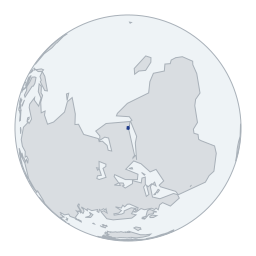 the Earth from above Hajjah, rotated 199°
{"feature_id": "YEM-154", "entity_name": "Hajjah", "entity_type": "Governorate", "adm_level": 1, "iso_a3": "YEM", "parent_name": "Yemen", "parent_adm1": "", "projection": "orthographic", "projection_center": [43.354, 16.097], "detail": "fine", "context": "on_globe", "style": "filled", "palette": "blue", "viewbox_px": 256, "rotation_deg": 199, "n_neighbors": 0, "source": "natural_earth", "source_scale": "10m", "svg_char_len": 9642}
<svg xmlns="http://www.w3.org/2000/svg" viewBox="0 0 256 256"><g transform="rotate(199 128 128)"><circle cx="128" cy="128" r="113" fill="#eef3f6" stroke="#a8b0b8"/><path d="M100.7,18.7L100.9,18.7L103.3,18.1L104.5,17.9L104.1,18.0L100.9,18.7L100.7,18.7L99.6,19.0L98.2,19.4L98.6,19.3L94.9,20.3L97.8,19.6L94.3,20.7L92.0,21.4L93.2,20.9L100.7,18.7ZM80.7,25.8L83.4,24.6L81.7,25.5L77.8,27.4L74.4,29.1L72.6,30.1L75.0,29.2L67.7,33.4L61.5,38.3L59.7,39.5L57.9,40.2L60.2,38.1L66.6,33.6L73.5,29.4L80.7,25.8ZM58.1,39.6L54.7,42.4L58.1,39.6ZM53.5,43.5L52.6,44.3L52.2,44.7L53.4,43.7L51.7,45.3L51.0,45.8L53.5,43.5ZM15.4,131.5L16.3,137.0L18.1,144.5L19.0,151.1L19.3,156.7L23.0,168.7L19.9,159.7L17.6,150.4L16.1,141.0L15.4,131.5ZM83.8,24.4L83.7,24.4L83.5,24.5L83.8,24.4ZM91.9,21.3L92.2,21.2L86.4,23.3L87.0,23.1L91.9,21.3ZM156.5,19.0L155.8,18.8L155.7,18.8L156.5,19.0ZM104.2,17.9L101.6,18.5L104.2,17.9ZM116.5,16.0L116.2,16.0L113.2,16.4L111.4,16.6L116.5,16.0ZM111.2,16.6L112.2,16.5L106.9,17.3L111.2,16.6ZM152.7,18.1L152.4,18.1L151.7,17.9L152.7,18.1ZM105.3,17.7L106.2,17.5L109.3,17.0L108.1,17.3L107.4,17.4L105.3,17.7ZM121.1,15.6L121.8,15.5L116.4,16.0L117.0,15.9L121.1,15.6ZM106.5,17.6L107.3,17.6L105.4,18.0L104.6,17.9L106.5,17.6ZM110.7,16.7L112.1,16.5L110.9,16.7L110.7,16.7ZM99.1,20.0L100.1,19.6L101.8,19.2L99.1,20.0ZM107.8,17.5L108.4,17.4L109.2,17.3L109.4,17.4L107.8,17.5ZM116.5,16.0L115.9,16.1L118.7,15.8L118.5,16.0L114.9,16.3L116.4,16.2L116.3,16.3L113.5,16.5L116.5,16.0ZM111.9,17.2L107.4,17.9L105.1,18.8L103.5,19.1L107.5,17.7L111.9,17.2ZM113.1,16.7L112.0,17.0L110.6,17.1L110.4,17.0L113.1,16.7ZM119.6,16.0L120.8,15.7L121.6,15.7L119.6,16.0ZM111.6,17.3L112.7,17.2L111.6,17.4L111.6,17.3ZM117.4,16.3L117.8,16.2L118.6,16.1L117.4,16.3ZM114.6,17.1L113.1,17.3L113.0,17.1L114.6,17.1ZM116.1,16.7L117.2,16.7L113.8,17.0L116.2,16.6L116.1,16.7ZM118.2,16.3L118.8,16.3L117.9,16.4L118.2,16.3ZM116.1,17.6L111.8,18.0L111.5,17.6L115.6,17.3L116.1,17.6ZM189.5,33.6L185.0,30.9L172.5,24.5L177.5,26.8L175.9,26.2L177.4,27.0L181.0,28.9L181.7,29.2L185.3,32.7L193.0,39.1L193.5,38.2L196.3,39.8L205.5,47.9L214.1,61.2L218.0,64.9L219.9,67.7L220.3,70.0L217.5,65.9L215.6,64.9L214.0,62.5L213.7,65.2L211.3,61.9L212.2,66.0L214.6,68.4L215.8,66.9L217.5,72.3L221.9,76.4L225.2,82.4L227.1,94.7L224.8,99.7L225.3,101.8L223.0,100.1L222.1,105.0L228.1,115.2L228.7,118.6L226.2,126.4L225.7,123.9L219.6,119.6L220.0,127.9L224.7,133.3L226.4,140.8L223.5,139.3L221.6,132.8L219.4,131.1L218.9,123.9L215.0,114.1L211.9,117.1L211.1,112.9L205.3,105.4L200.3,109.4L193.2,122.4L193.9,133.2L190.7,138.6L182.4,124.1L179.3,114.0L176.0,115.4L167.8,107.5L152.6,108.3L150.8,105.7L147.9,107.2L142.1,104.7L139.5,100.5L135.9,100.9L143.1,112.2L147.0,111.8L150.7,107.1L152.0,111.3L157.5,114.6L150.2,125.1L128.2,134.8L126.7,126.7L112.9,104.3L113.7,101.9L113.6,101.6L113.5,101.1L111.6,105.1L109.5,100.7L116.2,116.2L117.1,122.9L127.9,135.3L126.8,136.6L130.4,139.1L142.9,135.7L142.8,138.4L136.6,151.1L119.9,167.9L122.4,178.9L121.8,188.0L112.2,193.7L113.9,200.5L109.0,202.6L109.3,206.3L105.8,210.0L99.8,213.1L88.6,212.2L87.3,208.9L80.7,201.8L71.3,184.5L73.4,177.1L72.1,170.8L64.1,155.8L65.8,148.2L63.9,144.5L59.7,144.7L57.5,140.3L55.0,139.8L40.3,139.2L36.3,132.8L32.7,115.1L35.8,109.4L37.2,102.0L58.7,81.3L62.3,83.6L78.1,83.0L79.9,84.1L77.0,89.6L88.0,98.0L92.8,93.7L103.9,98.4L111.9,98.7L116.7,88.3L103.5,87.5L102.3,82.2L113.7,78.4L125.4,79.6L125.3,77.6L118.8,73.0L122.4,69.6L116.6,71.1L118.3,73.2L114.7,74.4L113.0,72.6L114.4,71.4L111.1,70.3L105.6,76.9L106.7,79.7L97.6,80.4L98.5,85.2L95.7,87.2L93.1,79.9L94.1,77.3L88.4,69.3L86.6,72.0L91.8,79.8L89.8,79.1L87.3,83.3L87.6,79.5L82.4,70.7L74.8,71.5L63.6,80.9L59.5,81.1L56.7,78.4L62.5,68.0L71.0,68.7L73.1,65.6L72.8,60.5L75.4,61.4L76.3,59.6L79.7,59.8L85.8,56.1L89.4,56.1L93.1,51.0L95.4,50.5L92.6,53.6L92.5,55.9L101.7,56.6L103.8,55.7L105.5,52.4L107.8,53.3L108.3,50.1L114.2,49.4L107.3,47.8L109.1,44.5L113.4,42.3L112.7,41.1L105.8,44.7L104.1,46.5L104.6,48.4L99.0,53.6L95.6,54.3L96.8,48.1L92.1,48.5L95.1,44.0L112.1,36.3L118.5,35.3L126.3,40.0L124.0,41.8L120.1,40.8L122.5,44.5L122.9,42.9L124.8,43.7L127.0,41.2L128.5,41.7L128.1,38.7L130.1,39.0L130.3,41.0L135.3,38.1L139.9,38.5L140.3,37.7L139.5,36.7L145.9,38.1L145.9,37.5L143.8,36.7L142.5,35.0L142.7,32.6L144.9,33.3L145.1,34.2L148.9,37.3L149.2,40.0L150.1,40.0L150.4,37.9L145.8,34.0L145.3,32.5L147.8,34.0L146.9,33.3L147.3,32.8L149.8,32.9L147.2,31.2L149.0,25.5L154.0,25.6L156.1,27.3L159.7,25.2L165.0,26.2L163.1,25.4L163.5,24.3L161.9,23.9L161.0,23.4L161.3,21.3L163.1,21.6L161.0,20.5L160.0,20.2L158.6,19.8L155.8,18.8L156.5,19.0L165.2,21.7L173.6,25.0L181.7,29.0L189.5,33.6ZM50.2,92.6L49.4,94.8L50.2,92.6ZM137.1,86.6L144.5,87.0L142.1,80.5L144.8,80.2L143.0,78.2L141.9,80.0L137.8,74.6L141.3,72.8L141.0,70.1L138.5,69.9L132.7,74.2L138.5,81.7L136.4,84.4L137.1,86.6ZM53.9,43.2L53.2,43.9L52.8,44.1L53.9,43.2ZM54.0,44.4L51.2,46.9L52.9,45.1L51.9,45.7L54.4,43.1L59.0,40.0L56.5,41.8L54.0,44.4ZM58.9,39.1L56.8,40.8L58.9,39.1L58.9,39.1ZM78.0,50.5L78.7,51.7L76.7,53.6L72.2,54.5L74.9,51.6L78.0,50.5ZM80.1,53.1L82.6,47.3L85.6,46.8L83.5,48.0L85.2,48.3L82.3,50.3L82.7,56.0L81.0,58.1L73.4,58.0L76.8,56.7L76.0,55.4L80.1,53.1ZM83.8,36.1L85.0,34.3L89.9,35.4L88.3,37.0L83.6,37.7L82.8,36.3L83.8,36.1ZM90.1,22.3L90.2,22.2L91.0,21.9L91.6,21.8L90.1,22.3ZM99.4,19.8L90.5,23.0L90.1,22.9L85.3,25.3L82.5,26.0L85.8,24.4L80.0,26.9L81.8,25.7L78.0,27.6L85.5,23.9L86.9,23.2L86.4,23.6L88.9,22.9L90.4,22.4L95.7,20.5L100.0,19.0L103.1,18.4L104.2,18.3L103.6,18.6L101.8,18.9L102.4,19.0L99.3,19.6L99.4,19.8ZM115.2,22.4L113.2,21.9L113.9,23.7L110.8,23.7L111.1,24.0L108.4,24.6L105.6,25.9L104.4,25.8L103.8,26.3L102.1,26.9L100.9,27.7L98.2,27.9L96.6,28.9L96.3,28.4L94.2,30.2L94.5,29.0L92.3,29.8L93.1,30.6L81.5,31.1L76.4,32.8L71.9,35.1L73.2,33.0L78.2,29.8L84.7,26.7L89.4,25.6L89.1,25.0L91.3,24.4L90.7,25.1L93.0,23.7L94.6,23.4L100.4,21.6L102.8,20.2L105.0,19.6L104.9,20.0L107.1,19.2L108.4,19.7L110.0,19.4L112.8,19.8L111.7,21.1L113.5,20.7L115.8,21.1L115.2,22.4ZM116.8,17.7L116.1,18.9L114.1,19.6L110.0,18.7L108.4,19.0L105.7,18.7L108.7,17.8L109.2,17.9L110.3,17.8L108.9,18.1L110.9,17.8L111.7,18.1L113.5,17.9L112.8,18.3L116.8,17.7ZM82.7,82.3L84.2,82.7L86.7,82.7L85.2,85.5L82.7,82.3ZM79.0,76.3L80.4,76.1L79.6,79.8L78.0,79.5L79.0,76.3ZM82.0,73.1L80.6,75.9L80.4,74.2L82.0,73.1ZM94.0,53.3L95.7,53.1L95.6,53.9L94.3,55.0L94.0,53.3ZM116.6,29.0L115.8,28.3L116.5,28.1L117.0,26.2L119.4,26.2L120.0,27.3L116.6,29.0ZM114.0,90.0L111.3,91.9L110.3,90.8L111.4,90.4L114.0,90.0ZM97.2,88.7L100.7,90.4L96.8,89.5L97.2,88.7ZM119.3,28.7L119.2,27.9L120.4,28.4L119.3,28.7ZM121.1,26.2L122.7,26.6L119.7,26.0L121.1,26.2ZM160.1,227.8L161.0,228.6L159.2,228.9L160.1,227.8ZM141.5,186.3L134.7,201.9L129.2,202.0L127.8,197.6L130.1,188.2L136.3,185.4L139.2,181.0L141.5,186.3ZM235.6,153.6L236.3,153.4L236.2,154.0L235.6,153.6ZM235.0,152.6L235.9,152.0L234.6,153.8L235.0,152.6ZM236.3,151.7L237.2,150.0L237.7,148.8L237.5,150.0L236.3,151.7ZM234.2,153.1L229.1,155.7L226.8,155.5L227.6,153.4L231.3,152.1L234.2,153.1ZM227.4,153.4L223.5,149.8L216.3,136.8L218.9,136.3L226.0,143.2L225.6,144.9L228.0,148.1L227.4,153.4ZM235.8,139.8L235.3,144.8L232.8,145.9L231.4,145.8L230.6,140.1L231.1,136.8L232.2,136.3L235.4,123.6L236.7,125.4L236.1,130.5L237.1,134.0L235.8,139.8ZM194.5,134.2L197.3,140.1L195.4,141.6L194.5,134.2ZM235.6,115.4L235.0,120.9L235.2,114.0L235.6,115.4ZM235.1,109.3L235.7,111.5L234.7,109.6L235.1,109.3ZM226.2,104.9L225.0,106.0L224.5,104.4L225.7,102.1L226.2,104.9ZM227.7,87.6L229.5,92.2L229.9,93.8L228.5,91.3L227.7,87.6ZM139.3,29.6L135.9,32.0L135.1,34.1L137.1,35.8L132.9,34.6L134.2,31.3L139.3,29.6ZM147.6,25.8L145.8,24.6L147.5,24.7L148.1,25.0L147.6,25.8ZM145.9,25.4L142.0,24.8L141.6,23.9L144.7,24.5L145.9,25.4ZM130.6,26.2L129.4,26.8L128.5,26.3L130.6,26.2ZM219.4,193.8L216.9,196.9L216.4,196.9L218.9,193.6L223.0,185.2L223.4,185.1L226.0,179.1L231.5,170.8L236.2,158.6L236.6,158.0L234.2,165.7L231.2,173.1L227.8,180.3L223.8,187.2L219.4,193.8ZM237.2,152.5L238.5,147.9L238.8,147.0L237.2,152.5ZM240.4,134.8L240.5,134.1L240.5,133.3L240.4,134.8ZM240.6,131.8L240.5,131.3L240.6,129.7L240.6,131.8ZM239.8,137.4L239.7,138.7L239.5,138.0L239.8,137.4ZM240.0,136.2L240.3,136.7L239.9,137.4L240.0,136.2ZM237.7,134.7L238.0,137.4L238.9,134.6L238.2,138.0L238.5,142.3L238.1,144.4L237.9,139.7L237.3,145.4L236.8,145.7L236.9,141.1L237.5,135.0L238.0,132.3L239.5,129.7L237.7,134.7ZM240.2,132.6L240.0,129.3L240.1,126.8L240.2,128.4L240.2,132.6ZM239.0,121.8L238.0,118.5L237.5,120.6L237.9,113.9L239.0,118.1L239.0,121.8ZM237.4,113.7L237.0,115.6L237.0,111.9L237.4,113.7ZM236.6,114.4L236.0,111.8L236.6,111.7L236.6,114.4ZM237.6,113.5L236.9,108.8L237.6,111.3L237.6,113.5ZM234.4,106.0L236.5,109.4L234.7,108.8L232.2,100.1L232.8,99.4L234.4,106.0ZM222.8,69.7L221.3,67.6L221.2,66.7L222.2,68.4L222.8,69.7ZM219.4,62.6L220.7,65.8L221.4,68.7L222.3,69.4L224.4,73.5L221.9,70.4L219.8,65.6L219.6,64.1L217.4,61.0L216.0,58.5L213.0,54.9L211.7,53.2L214.3,56.0L219.4,62.6ZM211.7,53.5L206.0,47.5L206.7,47.7L208.2,49.0L210.5,51.6L210.0,51.3L211.7,53.5ZM204.8,46.2L204.2,45.9L194.6,38.5L192.8,37.1L200.5,42.3L200.4,42.5L202.6,44.4L204.8,46.2ZM153.6,18.4L152.5,18.2L153.4,18.3L153.6,18.4ZM160.0,23.3L159.0,22.7L160.0,22.8L160.0,23.3ZM156.6,21.3L156.1,21.6L155.7,21.0L156.6,21.3ZM155.3,22.5L155.5,21.6L156.6,22.8L155.3,22.5Z" fill="#d9dde1" stroke="#a8b0b8" stroke-width="1"/><path d="M127.6,126.9L128.0,127.0L128.3,127.0L128.5,127.0L128.5,127.3L128.5,127.6L128.5,127.8L128.6,128.0L128.6,128.3L128.7,128.2L128.8,128.3L128.8,128.5L128.9,128.8L128.7,128.9L128.7,129.0L128.4,129.1L128.0,129.1L127.9,129.2L127.9,128.9L127.9,128.7L127.7,128.5L127.3,128.5L127.0,128.4L127.0,128.1L127.0,127.7L126.9,127.5L127.0,127.4L127.2,127.2L127.3,127.2L127.5,127.0L127.5,126.9L127.6,126.9Z" fill="#3b82f6" stroke="#1e3a8a" stroke-width="1.5"/></g></svg>